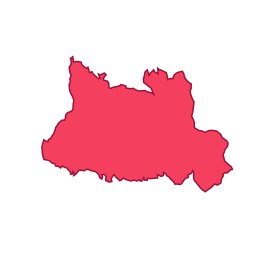 Pejuçara, Rio Grande do Sul, Brazil (Robinson projection), rotated 341°
{"feature_id": "56859067B42637722016713", "entity_name": "Pejuçara", "entity_type": "district", "adm_level": 2, "iso_a3": "BRA", "parent_name": "Brazil", "parent_adm1": "Rio Grande do Sul", "projection": "robinson", "projection_center": [-53.603, -28.445], "detail": "fine", "context": "isolated", "style": "filled", "palette": "rose", "viewbox_px": 256, "rotation_deg": 341, "n_neighbors": 0, "source": "geoboundaries", "source_scale": "gbopen_adm2", "svg_char_len": 2875}
<svg xmlns="http://www.w3.org/2000/svg" viewBox="0 0 256 256"><g transform="rotate(341 128 128)"><path d="M70.0,152.6L72.5,154.2L74.5,153.7L76.4,153.8L79.1,156.2L83.1,158.6L84.3,160.7L85.3,163.2L85.0,165.6L86.6,167.8L87.9,166.1L88.0,163.6L90.7,164.4L91.5,166.9L90.4,168.6L89.9,170.6L92.9,173.1L95.3,173.3L95.6,170.7L97.0,169.2L99.6,167.5L100.6,170.7L101.6,172.4L103.0,175.1L104.7,175.1L107.2,173.7L109.0,175.8L111.7,177.8L113.6,179.1L116.6,179.1L119.4,181.1L121.8,180.6L122.8,182.5L124.7,182.3L126.7,180.2L126.8,182.6L129.1,183.7L130.1,182.1L133.7,183.5L136.1,183.9L138.1,184.5L139.8,184.8L140.7,181.7L143.7,184.6L146.0,184.5L147.2,181.6L148.9,183.8L149.1,185.8L150.6,187.3L151.6,190.0L153.5,193.4L154.1,196.4L156.0,196.9L159.3,198.5L161.4,197.6L163.6,195.6L166.4,194.3L169.0,194.3L169.5,191.8L171.3,191.8L173.6,191.2L175.3,189.4L175.6,191.5L173.8,196.5L173.6,198.8L177.7,210.0L180.3,213.4L188.1,211.0L191.6,209.1L193.8,211.0L197.7,210.4L200.2,206.2L202.4,204.4L203.0,202.5L205.0,201.9L207.2,202.7L209.1,202.0L210.7,201.0L213.2,201.2L213.1,198.5L210.0,193.3L208.6,190.4L209.3,183.9L211.0,182.4L212.9,179.6L214.7,178.8L216.9,176.6L217.7,174.4L217.0,172.0L213.9,167.7L213.6,164.2L211.0,159.9L206.4,157.4L203.1,156.8L199.4,157.2L196.5,154.7L194.2,153.4L191.1,149.7L191.2,147.5L192.6,144.6L192.1,137.3L193.8,135.0L195.6,131.6L198.9,124.8L198.4,122.2L198.2,116.5L199.0,112.5L200.4,111.6L202.1,106.9L200.2,104.5L198.3,100.4L198.1,97.2L198.4,94.7L197.9,92.1L195.0,91.8L192.7,91.7L190.6,92.2L189.0,92.9L186.2,96.0L184.0,94.9L181.4,95.3L182.0,92.0L182.2,88.2L178.6,84.4L176.5,82.8L175.5,81.2L174.2,86.4L171.4,83.5L171.2,81.3L169.2,82.4L166.9,83.3L165.0,85.0L165.1,79.4L162.3,80.6L160.0,84.7L158.6,86.4L157.7,89.9L162.9,98.2L163.3,104.6L161.4,102.2L158.2,100.1L156.3,98.2L149.6,96.3L145.6,92.0L143.7,91.9L139.3,89.8L139.6,87.4L135.4,84.6L133.4,85.5L127.0,84.6L124.7,85.0L123.1,83.7L124.3,79.8L123.9,77.1L120.6,74.9L121.1,72.8L124.6,70.5L123.5,68.3L119.3,68.8L117.6,67.4L117.7,72.1L115.9,71.5L112.7,65.7L112.3,63.1L109.7,63.3L109.9,57.5L108.1,58.0L105.0,53.5L105.1,50.5L101.6,48.5L98.0,47.9L99.0,42.6L96.2,43.5L96.0,46.9L94.4,49.9L92.5,51.0L91.8,53.0L91.2,56.5L91.3,60.0L90.1,61.3L88.9,62.9L88.6,65.5L86.6,67.6L85.6,70.9L85.1,74.1L85.2,76.8L85.7,79.6L85.9,82.5L85.4,85.1L83.9,87.7L82.9,90.3L81.8,92.7L79.5,93.8L76.1,93.8L74.1,94.8L72.8,96.3L72.1,98.2L70.7,99.9L67.9,99.1L66.0,100.0L64.1,100.7L62.1,102.3L59.7,104.2L57.9,106.8L56.0,109.1L53.7,110.7L51.6,112.6L49.1,113.0L47.7,114.9L46.1,113.6L44.5,111.8L42.8,114.3L41.2,116.6L40.2,118.4L39.8,120.6L39.0,123.2L38.6,125.4L38.3,127.5L38.4,130.5L41.6,132.2L43.5,133.9L44.5,136.2L46.9,137.7L47.4,140.6L49.5,141.4L51.2,143.8L53.3,142.5L55.2,144.6L57.1,145.8L58.4,149.1L59.2,151.1L58.6,153.0L60.3,153.3L61.7,151.2L62.3,153.2L61.2,155.2L63.4,154.8L65.7,153.3L68.2,152.0L70.0,152.6Z" fill="#f43f5e" stroke="#9f1239" stroke-width="1.5"/></g></svg>